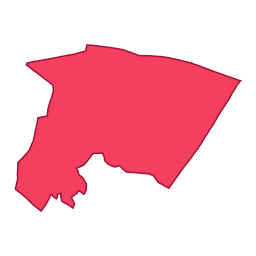 the district of Al-Rumaitha, Al-Muthannia, Iraq
{"feature_id": "34846034B72933378732296", "entity_name": "Al-Rumaitha", "entity_type": "district", "adm_level": 2, "iso_a3": "IRQ", "parent_name": "Iraq", "parent_adm1": "Al-Muthannia", "projection": "albers", "projection_center": [45.302, 31.497], "detail": "fine", "context": "isolated", "style": "filled", "palette": "rose", "viewbox_px": 256, "rotation_deg": 0, "n_neighbors": 0, "source": "geoboundaries", "source_scale": "gbopen_adm2", "svg_char_len": 2287}
<svg xmlns="http://www.w3.org/2000/svg" viewBox="0 0 256 256"><path d="M77.8,53.1L77.6,53.1L74.1,54.2L67.3,55.4L61.6,56.5L51.3,58.5L43.7,59.9L39.5,60.6L37.1,61.2L34.2,61.4L32.1,61.9L29.3,62.6L27.9,62.7L26.9,63.3L26.3,64.5L26.6,65.3L28.4,66.3L33.0,70.0L41.8,76.5L44.7,79.0L47.9,81.2L51.3,83.8L53.0,85.3L53.2,87.5L53.3,89.9L53.2,91.8L52.9,92.9L52.7,93.7L51.8,96.6L50.6,100.2L49.7,102.5L49.1,105.1L48.0,109.0L47.7,112.0L47.2,115.3L47.1,116.1L42.7,116.8L37.9,117.9L37.0,123.9L35.7,129.2L34.0,137.7L33.3,140.9L32.0,143.7L30.0,148.4L29.0,150.6L28.2,151.6L26.9,153.1L24.2,156.1L21.4,159.1L17.9,162.7L17.7,171.3L17.3,174.1L17.7,177.5L17.4,180.5L16.9,182.0L16.5,183.8L15.4,189.2L25.4,197.2L33.6,205.2L41.2,211.1L42.4,209.4L45.5,205.1L48.7,199.4L49.6,197.4L50.9,194.8L51.2,194.3L51.7,194.2L53.4,196.8L56.4,198.8L57.3,197.3L57.4,194.6L60.7,193.2L61.0,197.1L61.7,201.0L64.3,202.9L66.3,203.7L69.5,205.7L73.0,208.1L74.4,204.6L74.0,202.5L71.3,197.3L73.6,195.6L77.2,193.1L78.3,190.7L80.9,191.9L83.7,194.3L85.1,192.6L86.1,190.1L86.5,184.2L82.8,177.9L78.9,174.7L78.2,172.0L77.1,169.7L76.5,168.2L79.7,167.0L83.7,165.1L87.0,161.4L89.5,158.2L91.5,155.2L94.1,153.2L98.2,153.3L102.4,153.2L104.2,156.9L104.7,160.7L108.3,164.3L112.1,166.0L114.7,167.0L119.6,165.6L122.4,168.7L126.8,172.2L133.0,172.5L139.0,172.9L142.8,173.5L148.5,173.7L153.3,175.6L155.6,178.8L158.1,182.3L162.8,184.8L166.4,187.0L168.9,188.2L169.6,187.2L172.8,182.6L175.8,178.4L178.6,174.5L181.5,170.3L184.7,166.0L187.3,162.8L190.9,158.1L194.0,153.5L197.7,149.0L202.0,142.2L204.3,138.1L207.2,133.8L210.3,128.7L213.8,123.6L217.1,117.7L220.5,112.1L223.9,106.9L227.1,102.0L229.9,97.6L231.6,94.0L234.6,89.4L236.8,85.5L237.7,84.4L240.6,80.7L238.9,80.4L233.9,78.5L226.1,75.8L218.8,73.2L213.0,71.2L209.2,69.6L205.9,68.5L201.9,66.9L198.3,65.5L195.6,64.6L193.3,63.9L190.9,62.8L189.0,62.6L186.7,61.9L184.2,61.3L179.0,60.0L175.6,59.2L168.7,57.8L166.1,57.3L161.2,56.6L155.7,56.3L151.9,55.9L147.6,55.7L142.5,55.7L140.4,55.7L139.5,55.7L138.4,55.1L136.7,54.7L133.6,53.5L129.8,52.1L127.0,51.2L125.3,50.4L123.1,49.8L122.2,49.4L120.9,49.4L117.3,48.6L113.8,48.1L112.5,47.9L107.2,47.1L103.2,46.6L100.5,46.3L94.9,45.6L91.3,45.2L88.9,45.2L87.0,44.9L86.5,46.7L85.9,49.1L85.9,50.8L83.3,51.6L79.6,52.7L77.8,53.1Z" fill="#f43f5e" stroke="#9f1239" stroke-width="1.5"/></svg>